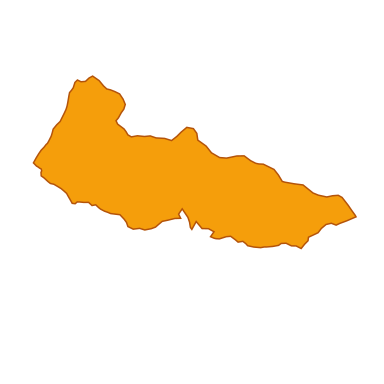 Moni, Limassol, Cyprus, rotated 119°
{"feature_id": "46923920B25771108548129", "entity_name": "Moni", "entity_type": "district", "adm_level": 2, "iso_a3": "CYP", "parent_name": "Cyprus", "parent_adm1": "Limassol", "projection": "equal_earth", "projection_center": [33.204, 34.73], "detail": "fine", "context": "isolated", "style": "filled", "palette": "amber", "viewbox_px": 384, "rotation_deg": 119, "n_neighbors": 0, "source": "geoboundaries", "source_scale": "gbopen_adm2", "svg_char_len": 2207}
<svg xmlns="http://www.w3.org/2000/svg" viewBox="0 0 384 384"><g transform="rotate(119 192 192)"><path d="M149.6,346.5L152.9,347.5L158.4,346.4L161.4,346.7L164.4,347.3L167.5,346.3L170.9,345.1L174.3,343.9L177.5,342.9L180.9,342.2L185.2,341.9L190.0,341.7L194.2,341.5L198.8,342.9L204.3,343.9L208.1,342.9L211.5,342.2L216.5,342.0L219.5,342.0L221.2,342.6L224.5,343.1L228.6,344.2L232.9,344.6L237.5,344.8L241.2,344.8L243.4,344.8L244.7,340.6L244.7,339.2L245.0,336.7L245.0,335.0L246.4,333.7L248.0,333.6L251.0,331.7L251.4,328.3L252.7,323.0L253.2,320.0L252.2,316.6L252.3,312.2L252.5,308.0L253.2,304.5L254.0,301.0L255.7,298.3L258.6,293.5L260.0,291.3L258.9,288.5L256.4,287.6L255.1,285.2L253.6,281.7L251.2,277.4L252.3,272.9L249.9,270.0L250.9,266.1L251.3,263.8L251.2,259.2L250.6,255.7L250.3,252.7L246.8,244.0L248.7,238.1L250.4,234.5L253.3,231.3L253.0,225.4L249.2,220.2L248.1,214.9L243.8,209.8L240.4,206.9L236.8,205.6L232.1,203.8L228.5,199.6L223.5,194.2L220.5,189.2L217.8,193.0L211.5,192.4L216.2,183.2L219.6,179.5L223.8,176.2L224.8,174.0L215.8,174.0L219.1,165.5L216.1,159.8L216.1,153.5L222.1,154.1L221.7,150.2L221.2,148.4L219.7,145.3L214.5,140.4L212.0,136.7L212.8,130.7L213.5,127.4L210.5,123.6L211.1,119.8L212.0,117.3L210.2,111.3L207.4,105.0L205.0,102.1L204.1,100.4L200.4,94.9L196.7,90.4L193.8,89.1L191.2,84.9L190.9,78.9L188.7,74.8L188.5,69.1L183.1,68.2L178.4,66.9L175.1,68.2L166.5,62.0L161.2,61.2L155.4,59.0L151.8,55.0L151.1,49.9L147.8,47.5L142.1,42.6L134.2,36.5L133.3,37.9L130.7,43.4L127.9,49.0L124.0,58.1L124.0,62.5L127.1,67.2L131.0,71.7L133.5,79.9L134.2,85.7L132.0,98.3L135.3,106.6L138.4,115.6L139.0,118.2L135.3,124.6L132.5,131.2L133.1,143.1L135.1,147.2L136.0,150.2L136.2,156.0L135.1,163.9L138.8,170.3L145.6,178.2L148.5,184.6L148.3,194.0L145.0,201.9L143.8,212.1L138.4,216.2L135.9,221.5L138.0,227.9L144.8,230.5L150.7,232.2L156.9,234.8L158.4,241.9L162.1,249.6L163.2,255.7L166.5,260.5L169.3,267.0L173.2,271.8L173.1,275.8L171.3,278.8L169.8,282.0L168.7,289.9L166.5,293.0L162.8,292.3L156.9,292.3L152.6,291.8L147.8,292.8L144.2,297.3L141.3,302.9L141.6,308.3L142.2,312.9L143.2,316.5L142.1,320.9L139.6,327.2L138.8,335.1L142.2,337.3L146.9,338.8L149.4,342.5L149.6,346.5Z" fill="#f59e0b" stroke="#b45309" stroke-width="1.5"/></g></svg>